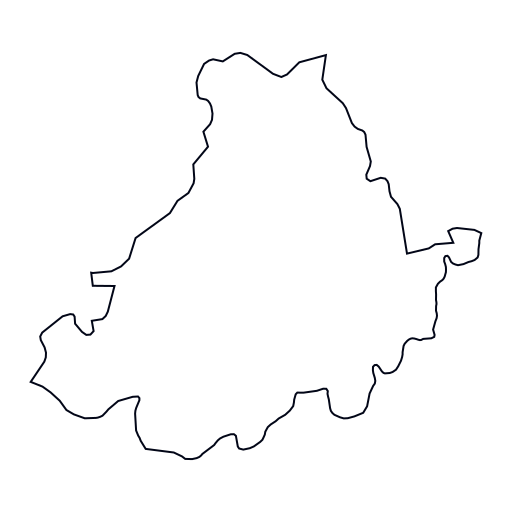 an SVG outline of Ávila
{"feature_id": "ESP-5806", "entity_name": "Ávila", "entity_type": "Autonomous Community", "adm_level": 1, "iso_a3": "ESP", "parent_name": "Spain", "parent_adm1": "", "projection": "mercator", "projection_center": [-4.824, 40.625], "detail": "fine", "context": "isolated", "style": "outline", "palette": "ink", "viewbox_px": 512, "rotation_deg": 0, "n_neighbors": 0, "source": "natural_earth", "source_scale": "10m", "svg_char_len": 3114}
<svg xmlns="http://www.w3.org/2000/svg" viewBox="0 0 512 512"><path d="M343.8,418.4L340.0,417.3L334.4,414.8L332.4,413.0L330.9,410.9L330.1,408.2L328.8,399.3L328.1,396.7L327.5,393.8L327.8,391.1L326.3,388.8L323.2,388.7L316.9,390.8L303.3,392.7L297.3,392.6L295.7,394.3L294.2,399.6L293.9,402.6L293.2,406.1L289.8,410.6L285.2,414.8L278.7,418.5L275.7,421.2L270.8,424.4L267.8,427.1L265.3,431.7L264.8,434.6L263.6,437.3L262.4,439.8L260.2,441.9L253.9,446.4L249.8,448.2L243.3,449.6L239.1,448.5L237.8,446.5L235.9,435.8L233.9,434.2L230.7,434.3L223.4,436.7L220.0,438.5L217.8,440.4L215.3,443.4L214.2,445.0L202.3,454.0L201.2,455.4L199.4,456.9L196.7,458.1L192.1,459.1L185.2,458.9L182.0,456.4L173.8,452.5L145.7,448.9L140.7,440.8L139.6,437.9L138.2,435.6L136.1,430.5L135.1,413.6L135.4,410.7L136.2,407.9L139.4,400.2L139.4,398.1L138.0,396.5L132.7,396.8L118.2,401.0L108.4,409.3L106.4,411.7L102.5,415.7L100.2,416.8L97.8,417.6L96.0,417.9L84.8,418.3L73.9,414.4L66.4,410.0L59.7,400.7L50.6,392.4L42.5,386.6L30.7,381.9L44.3,361.7L45.8,357.4L46.0,352.7L44.6,347.4L40.8,340.1L40.2,336.5L42.2,332.6L62.6,316.3L70.2,314.1L73.2,314.5L74.6,316.6L75.1,323.7L82.0,331.9L86.3,334.9L90.4,334.6L93.6,331.1L91.8,320.8L102.4,319.1L105.7,316.0L107.8,311.7L114.5,286.0L92.8,285.8L91.2,272.7L92.9,273.0L111.4,271.3L121.1,266.4L129.1,258.7L135.6,238.0L169.9,213.1L177.5,200.8L188.4,193.0L193.6,183.3L194.3,178.9L193.3,164.4L208.0,146.7L203.4,131.7L210.1,124.2L212.0,119.8L212.5,113.6L211.3,106.6L210.0,103.5L208.1,100.9L206.2,99.6L200.2,98.4L198.5,97.0L197.7,95.1L196.5,82.5L198.2,76.0L204.1,63.9L209.1,60.5L213.1,59.3L222.8,61.4L234.7,53.8L240.4,52.9L247.3,55.0L273.0,73.8L281.3,77.0L287.0,74.5L299.3,62.3L325.9,55.1L322.3,79.7L326.5,88.3L342.8,103.2L346.0,108.1L351.9,123.1L354.6,126.6L357.8,128.9L362.3,130.5L364.2,132.0L365.5,134.7L366.6,146.9L370.8,161.5L370.0,166.1L366.3,174.7L366.7,178.7L370.4,181.2L380.7,177.8L385.2,178.6L387.5,181.2L388.7,184.2L389.5,191.3L391.0,196.8L397.4,204.1L399.8,208.8L407.0,253.6L428.8,248.4L435.1,244.3L453.3,242.8L448.2,231.1L452.6,228.7L457.0,228.0L474.4,229.9L481.3,233.1L479.3,240.6L479.3,243.1L478.5,249.2L478.4,254.9L477.6,257.5L474.6,260.0L471.6,261.2L468.5,262.0L463.5,264.1L458.0,265.2L455.4,264.5L453.0,263.5L451.1,261.9L449.0,257.4L447.5,255.8L445.4,256.1L444.2,258.0L444.2,261.5L445.2,264.2L445.9,267.0L446.0,269.6L445.9,272.2L444.7,276.5L444.1,277.8L443.3,279.1L442.2,280.2L440.0,281.7L437.9,283.8L435.9,287.4L435.9,291.3L436.1,294.5L436.0,300.0L436.4,302.2L436.5,304.0L436.1,306.1L436.0,310.7L436.7,313.2L437.0,315.7L436.6,318.2L435.4,321.3L433.1,329.6L434.6,334.9L434.2,336.9L431.3,338.3L423.2,338.9L421.1,340.0L419.8,340.1L418.2,339.7L416.5,339.1L414.2,338.5L412.3,338.3L410.5,338.7L408.8,339.6L407.2,340.9L404.7,343.7L403.6,345.9L402.6,352.2L402.6,354.4L402.1,357.1L401.0,360.7L398.2,366.3L396.0,369.7L392.6,372.0L389.8,373.0L384.9,373.4L383.5,372.9L381.9,371.4L378.7,366.6L376.7,364.9L374.6,365.1L373.0,366.8L372.9,370.2L373.3,373.0L374.8,377.9L375.3,380.9L374.8,383.6L373.2,385.8L369.6,393.5L367.1,406.3L363.2,412.8L354.4,416.4L347.8,418.2L343.8,418.4Z" fill="none" stroke="#020617" stroke-width="2"/></svg>